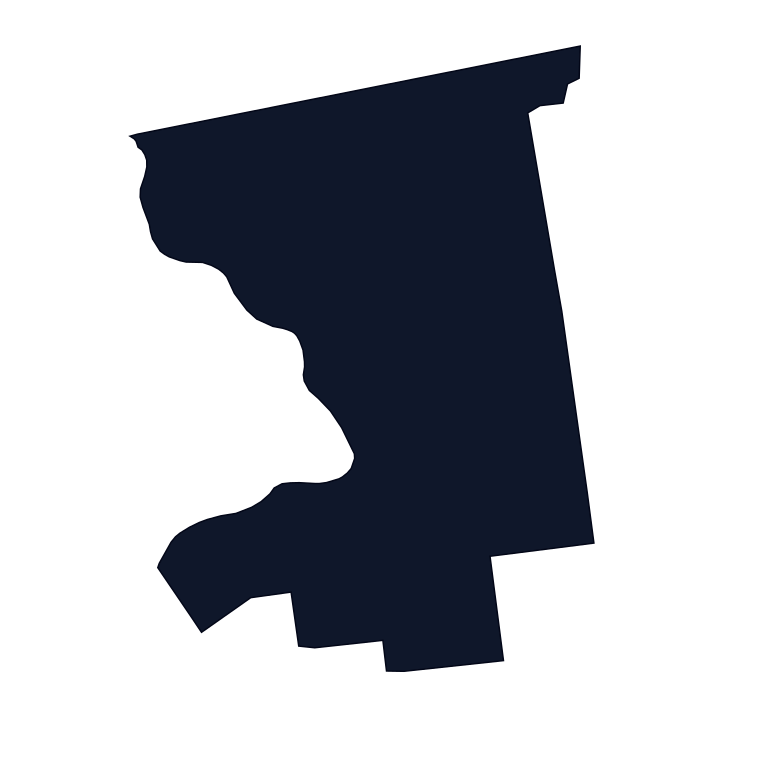 Scioto, Ohio, United States of America (Robinson projection), rotated 79°
{"feature_id": "52423323B59045982564985", "entity_name": "Scioto", "entity_type": "district", "adm_level": 2, "iso_a3": "USA", "parent_name": "United States of America", "parent_adm1": "Ohio", "projection": "robinson", "projection_center": [-82.99, 38.793], "detail": "fine", "context": "isolated", "style": "filled", "palette": "ink", "viewbox_px": 768, "rotation_deg": 79, "n_neighbors": 0, "source": "geoboundaries", "source_scale": "gbopen_adm2", "svg_char_len": 1305}
<svg xmlns="http://www.w3.org/2000/svg" viewBox="0 0 768 768"><g transform="rotate(79 384 384)"><path d="M529.2,205.2L346.5,195.6L305.0,194.9L145.3,191.2L140.5,177.8L142.4,154.5L124.5,146.6L121.1,134.1L89.7,126.9L91.7,578.3L92.3,586.0L95.7,582.4L98.4,581.0L104.7,580.2L108.0,577.0L113.2,575.0L119.0,574.2L125.7,575.4L134.6,579.3L146.0,585.8L154.1,587.7L164.6,586.9L182.4,583.9L189.9,584.1L197.4,583.5L210.8,578.3L214.8,574.6L218.2,570.6L223.9,560.8L226.5,555.0L230.0,538.9L234.5,530.9L239.7,524.4L244.4,520.4L248.8,517.9L266.4,513.6L285.3,504.5L296.0,496.5L303.9,485.3L306.2,482.1L309.9,472.8L312.2,468.5L315.0,464.2L317.0,462.2L319.9,460.4L325.7,458.5L335.2,457.0L347.0,457.8L352.1,458.7L359.6,461.4L365.9,461.7L376.1,458.5L385.4,451.3L400.3,441.7L418.8,433.9L446.8,426.4L451.5,427.0L460.7,432.3L464.5,437.1L465.6,439.3L467.3,442.5L468.5,446.2L469.8,459.2L469.4,466.2L468.6,470.5L464.7,486.0L463.2,494.8L462.5,503.1L465.1,511.6L470.1,516.9L476.1,527.2L479.8,537.5L482.8,554.0L482.3,569.3L483.3,583.2L484.7,591.7L487.5,602.2L491.5,612.8L494.2,617.8L498.7,623.2L517.1,638.8L521.1,641.1L575.7,617.7L592.9,610.5L568.3,555.6L570.5,514.9L625.0,517.7L629.7,502.3L635.4,434.0L666.2,436.3L669.8,419.3L678.3,319.5L573.3,312.8L580.2,208.3L529.2,205.2Z" fill="#0f172a" stroke="#020617" stroke-width="1.5"/></g></svg>